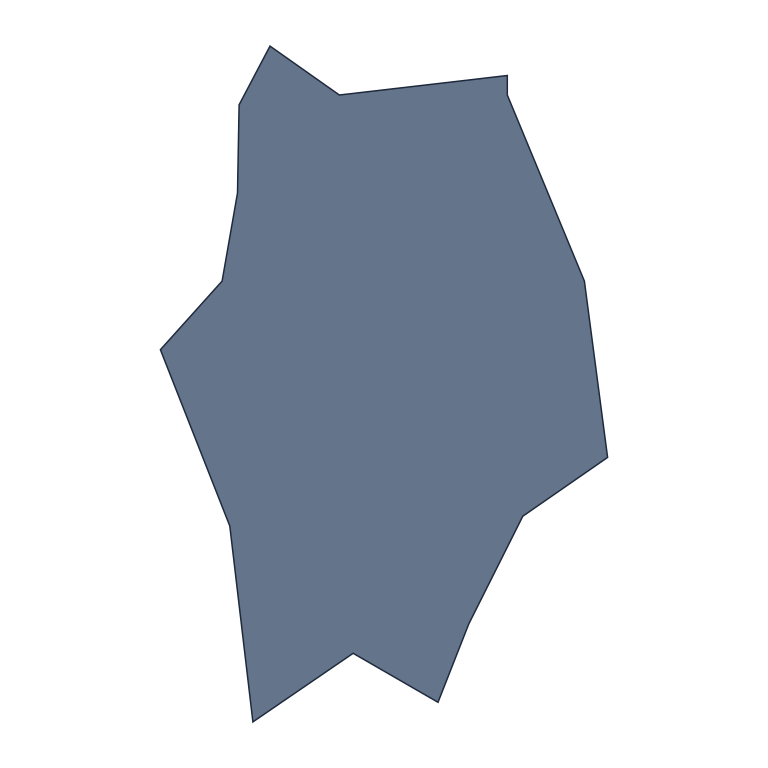 SVG path tracing the border of Kaposvár
{"feature_id": "HUN-4912", "entity_name": "Kaposvár", "entity_type": "Urban county", "adm_level": 1, "iso_a3": "HUN", "parent_name": "Hungary", "parent_adm1": "", "projection": "natural_earth1", "projection_center": [17.786, 46.351], "detail": "fine", "context": "isolated", "style": "filled", "palette": "slate", "viewbox_px": 768, "rotation_deg": 0, "n_neighbors": 0, "source": "natural_earth", "source_scale": "10m", "svg_char_len": 331}
<svg xmlns="http://www.w3.org/2000/svg" viewBox="0 0 768 768"><path d="M270.0,46.1L339.3,95.0L507.3,75.5L507.3,95.0L584.4,281.1L607.6,457.4L522.8,516.2L468.8,623.9L438.0,702.3L353.1,653.3L252.9,721.9L229.8,526.0L160.4,349.7L222.1,281.1L237.5,193.0L239.1,104.8L270.0,46.1Z" fill="#64748b" stroke="#1e293b" stroke-width="1.5"/></svg>